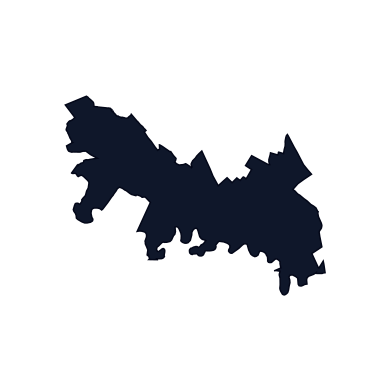 the district of Alexandru I. Cuza, Iasi, Romania, rotated 335°
{"feature_id": "2599482B98432410141384", "entity_name": "Alexandru I. Cuza", "entity_type": "district", "adm_level": 2, "iso_a3": "ROU", "parent_name": "Romania", "parent_adm1": "Iasi", "projection": "albers", "projection_center": [26.859, 47.141], "detail": "fine", "context": "isolated", "style": "filled", "palette": "ink", "viewbox_px": 384, "rotation_deg": 335, "n_neighbors": 0, "source": "geoboundaries", "source_scale": "gbopen_adm2", "svg_char_len": 6036}
<svg xmlns="http://www.w3.org/2000/svg" viewBox="0 0 384 384"><g transform="rotate(335 192 192)"><path d="M257.3,324.0L258.5,320.6L259.1,319.4L260.1,318.4L262.0,317.6L267.5,318.0L270.3,317.5L269.8,318.0L271.0,318.7L275.5,320.8L276.9,320.9L278.5,321.4L281.0,313.1L281.7,310.1L275.0,314.5L274.6,314.2L274.5,313.9L274.6,298.4L286.5,296.6L289.0,286.3L290.3,282.0L291.3,281.0L292.7,280.3L294.1,279.3L295.4,277.5L295.7,276.6L296.0,274.8L296.1,268.9L296.2,267.6L297.1,264.2L298.0,263.2L297.7,262.7L297.6,258.8L296.2,256.1L294.4,253.5L292.6,248.9L290.7,245.5L288.3,240.4L287.2,238.9L286.5,237.2L285.8,234.8L284.4,232.3L291.5,229.2L298.8,227.8L307.8,226.4L306.2,220.9L304.6,214.4L304.0,200.5L303.5,194.4L302.9,181.7L302.7,180.2L301.2,181.0L299.9,182.5L298.0,185.2L297.4,186.4L297.2,187.1L295.8,189.8L293.6,192.4L291.2,195.9L287.4,192.5L287.1,192.6L286.5,193.6L285.4,194.7L279.7,189.7L278.7,191.2L275.4,195.1L274.5,197.0L274.0,199.3L274.0,200.0L272.7,199.4L261.4,184.3L251.7,190.7L255.5,196.8L247.7,202.3L246.4,202.9L246.1,201.9L245.1,200.2L244.5,200.1L240.6,201.9L238.7,198.6L238.6,198.2L232.3,200.5L230.1,194.7L229.8,193.9L218.4,197.4L217.7,186.4L218.1,178.8L218.2,159.0L214.3,160.3L211.3,161.5L209.6,162.6L205.8,164.0L203.3,166.0L202.7,167.2L202.6,169.3L201.7,169.8L200.4,167.1L198.8,164.5L198.2,163.7L195.7,163.5L191.7,162.1L189.8,159.7L189.4,158.3L188.8,157.7L190.2,156.7L191.3,155.4L191.7,154.8L190.6,151.1L189.8,146.4L189.4,146.4L188.7,145.6L184.4,138.2L182.6,135.6L182.4,135.5L180.8,139.5L179.0,139.5L178.5,139.7L177.5,135.6L176.4,128.9L175.0,123.9L174.2,117.9L174.1,117.4L176.3,116.8L175.9,115.3L175.6,114.9L175.6,114.6L175.3,114.1L175.1,112.6L174.5,111.0L173.6,109.3L172.5,105.1L172.2,104.9L172.0,103.9L169.8,95.9L169.0,96.6L166.0,97.3L165.6,97.8L164.0,97.5L163.3,97.3L161.6,95.7L160.5,95.1L160.3,94.7L159.6,94.5L159.2,94.8L158.8,93.9L157.8,93.1L157.1,91.9L156.8,91.9L156.7,91.7L155.7,91.1L155.5,89.5L154.6,87.0L154.5,85.4L153.9,85.6L153.4,84.3L154.0,83.9L153.8,83.5L154.1,83.3L153.2,82.0L153.4,81.8L153.3,81.6L151.5,80.4L151.2,80.5L150.8,80.2L150.4,80.3L150.4,79.9L148.8,78.9L142.9,75.4L142.3,74.8L139.3,73.1L140.2,70.5L140.4,69.6L140.3,68.5L139.1,65.5L138.0,63.3L137.8,62.3L136.8,60.6L114.0,59.6L117.3,74.9L115.5,75.7L113.3,76.1L111.3,76.1L111.2,75.9L110.2,76.1L107.6,77.4L107.4,77.7L107.4,78.9L106.6,79.9L104.5,82.0L104.2,82.9L104.6,85.3L104.6,85.9L104.4,86.1L104.5,87.5L104.3,91.9L104.5,93.0L104.6,95.1L104.0,96.3L104.5,96.7L100.6,97.0L97.8,97.2L97.3,100.2L97.3,101.5L97.5,102.8L98.5,103.9L99.8,105.0L101.5,105.6L107.4,108.5L110.3,108.9L113.1,110.1L115.9,115.3L120.5,121.4L113.2,119.3L111.5,119.0L109.7,118.0L107.5,117.8L107.2,117.9L106.4,119.0L105.8,119.4L105.3,119.4L103.7,119.0L102.7,119.1L101.8,119.5L100.9,119.2L100.6,119.3L99.9,120.1L99.6,120.2L99.1,119.9L99.2,119.3L90.9,123.9L91.0,124.2L91.9,124.9L93.7,125.5L94.3,126.0L94.8,127.1L94.9,128.8L95.4,129.9L97.7,129.8L99.1,130.2L99.6,130.8L100.5,132.6L102.4,137.5L102.7,139.1L102.5,140.2L99.6,144.6L96.9,146.6L94.6,149.4L93.5,150.4L91.1,151.3L88.9,152.4L88.5,153.4L88.2,154.0L85.1,155.8L83.8,153.9L83.4,153.9L82.6,153.4L81.4,153.2L79.8,154.6L77.0,157.8L76.8,159.6L77.3,162.2L77.1,164.4L76.2,166.8L76.9,168.6L79.5,172.4L81.7,174.7L83.9,175.7L87.3,176.5L89.5,176.2L90.4,175.3L90.7,174.1L90.5,172.8L91.3,169.1L91.8,168.0L93.6,165.5L95.5,165.0L97.0,165.3L99.3,166.4L101.2,167.8L102.1,169.2L102.5,170.1L103.8,169.8L111.1,166.0L117.1,162.5L119.3,161.5L120.5,160.6L123.7,158.9L125.8,157.4L128.4,157.0L130.6,159.4L132.0,161.9L133.0,163.0L135.0,166.9L136.1,168.6L139.6,171.6L140.2,171.2L141.4,171.7L143.4,173.7L144.2,174.8L144.4,175.5L145.0,175.9L145.8,176.0L147.5,176.8L149.9,183.9L125.7,204.5L127.6,205.0L129.7,206.1L131.4,207.5L132.3,208.4L132.7,209.3L132.9,210.7L132.4,212.3L131.7,213.6L128.7,216.7L128.2,218.6L127.8,219.2L127.7,223.1L127.5,225.9L124.8,230.0L124.8,230.5L125.9,230.1L125.9,230.3L125.7,231.2L125.6,233.0L125.2,234.7L124.4,235.0L132.0,238.7L132.2,238.2L132.0,237.7L134.7,238.9L136.5,239.6L138.0,239.6L138.9,239.3L139.8,238.7L139.9,237.7L142.0,234.7L142.7,233.2L142.7,232.4L142.4,231.4L141.8,231.0L140.2,231.0L138.9,231.5L138.1,231.5L137.1,232.0L135.7,231.3L135.4,229.5L136.6,227.6L137.4,227.1L138.9,226.8L143.5,225.1L144.5,225.3L145.1,225.2L145.7,225.9L147.7,226.8L149.6,227.2L151.2,227.5L153.2,226.8L156.7,223.8L158.6,223.0L160.3,220.8L161.7,216.7L163.1,216.7L164.3,217.8L164.7,219.6L164.6,224.5L163.8,227.2L162.2,230.3L161.6,230.9L161.3,231.6L161.7,232.8L162.4,233.9L163.7,235.2L165.0,235.9L166.9,236.3L170.0,235.1L173.6,230.8L174.8,228.5L176.7,227.0L178.8,226.2L180.4,226.5L181.2,227.4L181.1,229.7L180.1,235.8L180.5,237.5L181.3,239.3L182.9,240.6L184.0,241.9L180.5,243.7L177.6,243.9L176.3,244.8L175.0,245.0L174.4,245.0L173.6,243.7L172.6,243.1L169.8,242.6L168.0,242.9L167.7,242.6L167.1,242.5L165.5,243.2L164.8,244.2L164.2,246.1L164.3,246.6L164.9,248.1L166.0,248.8L167.0,248.6L167.4,248.9L170.4,250.0L170.5,250.1L171.0,252.1L171.6,252.9L173.2,253.8L174.3,254.0L175.5,253.8L176.2,253.4L177.4,252.3L178.0,252.0L178.8,251.2L179.2,251.0L180.0,251.2L183.0,252.7L184.8,253.3L186.8,253.8L188.2,253.7L189.3,253.2L190.3,252.2L190.7,251.5L191.0,250.1L195.0,248.2L195.9,248.2L199.7,250.6L202.4,253.4L203.4,255.1L203.7,256.5L202.9,258.4L200.9,259.9L200.2,261.0L200.4,262.3L200.9,263.5L202.3,264.4L210.5,262.9L215.3,261.3L217.2,261.0L218.9,261.7L219.9,262.7L218.9,268.6L219.0,273.1L219.9,275.1L221.6,277.1L223.1,277.4L225.1,277.1L227.7,274.7L228.8,274.3L229.8,274.9L231.5,276.4L232.8,278.7L232.8,280.7L233.0,282.7L232.1,285.2L231.4,286.6L231.6,288.0L232.8,288.9L234.3,289.4L239.1,288.0L240.5,288.4L241.8,290.4L242.4,292.3L241.5,294.1L240.4,298.4L233.1,298.2L234.5,298.5L235.6,299.1L238.4,301.1L236.5,303.2L236.0,304.2L235.4,307.4L232.7,313.4L231.0,316.3L230.6,317.7L230.5,319.7L230.8,322.9L231.6,323.9L232.6,324.4L234.5,324.2L236.2,323.6L238.0,321.7L240.4,318.1L242.4,315.6L243.4,313.0L243.9,309.9L245.7,308.8L248.0,309.6L250.3,312.5L251.4,314.8L249.3,320.5L249.5,322.2L251.1,323.3L252.6,323.5L255.1,323.4L257.3,324.0Z" fill="#0f172a" stroke="#020617" stroke-width="1.5"/></g></svg>